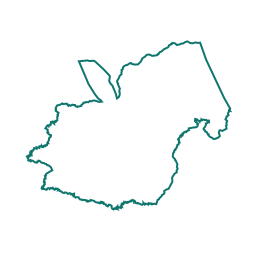 Katete, Eastern, Zambia (Mercator projection), rotated 263°
{"feature_id": "96606910B8201415928290", "entity_name": "Katete", "entity_type": "district", "adm_level": 2, "iso_a3": "ZMB", "parent_name": "Zambia", "parent_adm1": "Eastern", "projection": "mercator", "projection_center": [32.014, -14.048], "detail": "fine", "context": "isolated", "style": "outline", "palette": "teal", "viewbox_px": 256, "rotation_deg": 263, "n_neighbors": 0, "source": "geoboundaries", "source_scale": "gbopen_adm2", "svg_char_len": 5738}
<svg xmlns="http://www.w3.org/2000/svg" viewBox="0 0 256 256"><g transform="rotate(263 128 128)"><path d="M197.8,103.7L198.9,102.3L199.2,97.7L200.0,96.1L200.2,87.4L176.4,94.2L165.7,99.2L160.8,102.1L159.1,104.1L157.4,105.2L157.4,102.5L159.4,98.0L159.5,96.3L158.9,94.7L159.5,93.4L158.4,91.9L158.9,89.3L158.3,88.2L158.6,87.0L157.4,86.1L156.6,84.6L155.6,84.3L155.3,81.7L155.6,80.7L155.1,80.2L156.3,78.4L157.3,78.2L157.4,76.8L157.9,75.9L157.1,73.6L157.8,73.0L157.9,72.0L157.3,71.5L158.2,70.7L159.2,70.7L159.7,69.7L159.6,66.5L160.4,65.9L159.2,62.7L159.1,60.5L156.8,58.7L156.2,58.9L155.2,58.4L154.7,58.8L153.8,58.4L151.6,60.9L150.0,59.7L149.4,60.2L148.6,60.0L148.1,59.2L144.4,58.8L143.8,58.2L143.9,57.3L143.3,57.5L142.8,56.9L143.2,55.5L142.8,55.8L142.5,55.2L141.3,55.2L143.0,53.5L143.3,52.2L140.9,51.8L141.0,51.3L140.3,50.8L140.6,50.5L140.3,49.6L139.3,49.3L140.3,48.2L137.7,46.0L136.1,48.1L134.6,47.7L133.5,48.3L133.1,47.5L130.9,49.2L130.3,50.7L129.9,50.7L128.4,50.0L128.2,48.9L127.4,48.4L125.3,47.9L123.5,46.5L122.6,46.9L122.7,46.0L121.0,45.6L121.0,44.2L120.5,44.4L120.0,43.8L120.6,42.0L120.3,41.2L119.5,41.7L119.3,41.3L119.8,40.0L121.0,39.8L120.3,39.3L120.6,37.9L119.1,37.6L119.7,36.8L119.5,36.1L119.9,35.2L119.5,35.3L119.3,34.5L118.6,34.6L119.5,32.3L117.3,31.3L117.5,30.8L116.8,28.8L116.1,29.7L115.1,29.4L115.1,27.8L114.4,27.8L114.4,28.4L113.7,28.7L113.5,28.1L113.2,28.8L112.6,29.0L112.7,27.1L112.2,27.4L111.5,26.3L111.5,25.8L112.5,25.6L112.1,24.2L109.0,25.4L108.1,25.0L107.4,26.1L108.1,27.4L107.1,27.7L107.5,28.0L107.2,29.4L105.3,31.4L104.8,32.9L105.3,33.3L104.9,33.7L105.2,34.1L106.5,35.0L106.1,36.3L104.3,37.7L103.2,40.7L102.6,41.2L102.2,42.5L101.0,43.2L100.6,44.6L98.6,46.6L97.4,47.0L95.3,47.7L92.9,42.1L92.0,40.7L90.7,40.7L90.5,39.7L89.2,40.0L88.1,39.4L87.8,39.7L87.6,38.7L86.2,38.4L85.6,38.7L85.0,38.0L84.0,38.7L83.7,38.1L82.3,38.6L81.7,37.7L80.9,37.6L80.6,36.6L79.4,36.5L80.1,35.7L78.8,34.9L78.0,35.2L77.8,37.2L76.6,39.7L78.0,41.0L77.9,42.1L76.9,42.8L77.9,43.9L77.4,44.6L77.9,46.0L76.7,46.2L75.8,47.6L76.4,48.1L75.9,48.6L76.1,49.1L76.7,49.0L76.3,50.8L75.4,51.8L74.7,51.2L74.7,52.4L73.8,52.5L72.9,54.5L71.9,55.0L71.2,56.8L71.7,57.4L71.6,58.2L71.2,59.2L69.9,60.3L70.5,62.1L69.8,63.1L69.1,63.1L69.0,63.6L69.4,64.1L68.3,65.2L68.4,65.8L69.3,65.9L69.4,66.5L67.1,66.2L67.0,65.5L66.7,65.6L66.3,66.7L65.3,67.5L65.7,68.9L65.1,70.6L64.2,70.7L62.8,71.9L62.8,72.9L61.9,74.1L62.2,74.6L61.5,77.5L60.3,77.9L59.9,78.9L60.7,79.1L60.0,80.6L60.4,82.0L61.1,82.1L61.0,82.5L59.7,85.6L58.8,86.2L57.9,87.8L57.5,90.1L57.0,90.1L56.7,90.8L57.1,91.0L56.9,92.2L57.3,91.8L58.1,92.2L58.0,92.6L57.8,93.1L57.3,92.9L57.5,93.6L57.0,94.7L55.6,94.6L54.9,96.6L53.8,96.8L52.6,98.5L52.9,99.0L52.6,99.4L53.2,99.0L54.2,99.4L54.0,100.4L52.9,102.2L50.9,102.1L49.7,102.6L49.1,103.5L49.7,103.7L49.3,104.9L49.8,105.1L48.9,107.2L50.2,106.4L51.5,107.9L50.4,107.8L50.4,107.5L50.0,107.8L50.4,108.2L50.1,108.6L50.6,108.9L49.5,111.1L50.8,111.2L50.4,112.3L51.7,111.9L52.4,112.8L52.9,112.3L53.7,112.5L53.9,112.9L53.0,114.1L55.0,115.1L54.2,115.7L54.8,116.7L53.7,117.8L54.0,118.8L54.6,118.4L54.8,122.1L55.4,121.9L55.3,122.7L55.8,122.9L56.1,123.9L55.2,124.4L55.2,125.4L54.5,125.9L54.1,125.2L53.1,125.0L53.1,126.4L52.4,126.9L51.9,128.3L52.4,128.7L50.0,132.5L50.9,134.3L51.5,134.3L49.9,135.2L50.1,135.9L50.8,136.0L50.7,136.6L50.0,138.6L49.5,138.8L50.2,139.6L50.8,139.6L50.3,141.5L50.0,141.1L49.3,142.2L49.6,145.1L49.0,146.8L53.1,148.7L53.5,150.1L54.7,150.8L56.0,152.8L57.4,153.6L58.1,155.5L59.2,156.3L61.0,156.2L62.2,158.5L62.7,160.9L69.3,165.5L73.2,165.7L74.7,166.7L77.0,168.7L78.1,171.0L79.7,171.0L81.6,172.3L83.2,171.8L85.9,172.6L89.6,171.5L90.1,170.9L91.0,171.0L93.7,169.1L94.7,169.0L97.6,169.8L98.4,170.8L99.4,170.8L100.5,172.4L101.1,172.7L101.2,172.4L102.2,173.4L102.3,173.0L102.3,173.7L105.2,175.0L105.3,176.0L107.4,176.8L107.4,177.4L108.7,176.9L109.3,177.2L110.5,176.3L111.0,177.1L111.5,177.0L112.2,178.3L113.3,178.9L113.7,178.8L114.1,179.4L113.5,179.8L114.2,180.1L114.0,180.6L114.9,180.5L114.8,181.3L115.2,181.4L114.9,181.7L116.7,182.6L116.7,183.6L117.1,183.6L117.5,184.8L117.1,185.4L117.5,185.5L118.4,188.2L119.1,187.9L120.2,188.2L120.6,193.7L120.3,194.7L120.9,196.8L122.4,197.6L122.9,197.3L123.6,198.0L126.6,195.3L128.8,195.8L128.1,197.6L127.6,198.0L127.1,197.6L126.7,199.0L125.4,199.9L126.3,200.3L126.3,201.1L127.0,201.5L126.8,202.3L127.4,202.3L127.0,202.7L127.1,204.3L126.5,205.2L126.5,206.7L125.5,207.4L125.5,209.2L123.7,209.1L123.8,207.8L122.9,206.6L123.0,205.9L122.3,206.0L119.7,204.6L118.3,203.0L117.2,203.0L116.2,204.2L115.0,204.3L114.5,205.5L111.8,206.6L111.9,207.2L110.6,207.3L109.3,208.2L107.8,210.6L107.0,211.1L106.5,212.6L107.4,216.3L108.9,218.2L112.4,217.6L114.4,218.5L114.5,219.4L113.6,221.3L115.3,225.7L118.6,225.7L119.0,226.3L121.5,226.4L122.8,227.3L124.7,225.8L126.7,227.3L127.4,227.2L128.5,229.4L129.7,229.0L131.2,229.4L131.6,230.0L132.7,230.3L132.4,230.5L132.8,230.8L132.6,231.4L133.6,230.9L134.7,231.8L146.0,227.1L186.2,213.9L203.8,210.0L204.0,207.4L204.7,205.6L204.2,202.6L204.7,200.2L206.7,197.6L206.4,195.5L205.2,193.1L205.3,191.1L204.8,190.3L204.4,186.6L206.2,185.1L207.1,182.5L205.9,181.6L206.2,180.9L205.6,180.5L205.0,178.7L203.9,178.3L203.1,177.3L201.8,173.3L199.9,170.6L199.3,168.5L197.5,167.2L197.7,166.5L196.7,165.8L196.6,160.9L198.4,158.0L198.3,155.4L196.6,153.4L195.5,150.9L192.3,148.8L189.9,145.6L190.2,142.1L191.3,139.3L192.0,139.1L192.1,137.8L190.6,134.8L190.6,133.5L189.8,131.5L188.7,130.4L187.1,130.0L186.3,128.6L185.6,128.9L183.8,128.2L182.3,128.2L180.6,125.9L179.2,125.4L176.2,123.0L174.5,122.9L173.5,123.6L172.8,123.3L168.0,124.7L165.7,123.8L163.8,124.1L161.8,123.7L160.0,122.8L158.7,120.7L163.3,120.1L172.0,117.7L174.4,115.9L177.0,115.0L181.0,116.3L182.2,116.1L189.5,110.7L197.8,103.7Z" fill="none" stroke="#0f766e" stroke-width="2"/></g></svg>